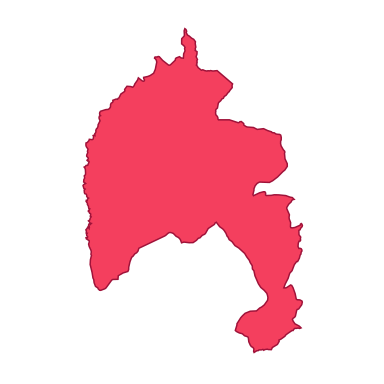 Kanduyi, Western, Kenya (Albers equal-area conic projection), rotated 177°
{"feature_id": "3690345B52406827974288", "entity_name": "Kanduyi", "entity_type": "district", "adm_level": 2, "iso_a3": "KEN", "parent_name": "Kenya", "parent_adm1": "Western", "projection": "albers", "projection_center": [34.58, 0.562], "detail": "fine", "context": "isolated", "style": "filled", "palette": "rose", "viewbox_px": 384, "rotation_deg": 177, "n_neighbors": 0, "source": "geoboundaries", "source_scale": "gbopen_adm2", "svg_char_len": 5991}
<svg xmlns="http://www.w3.org/2000/svg" viewBox="0 0 384 384"><g transform="rotate(177 192 192)"><path d="M145.8,297.8L160.6,311.9L164.8,311.7L167.1,312.3L168.4,312.0L169.7,312.3L170.7,312.0L172.8,312.5L174.8,313.5L176.2,313.1L179.5,316.0L180.0,317.3L181.0,318.5L180.3,319.6L180.6,320.6L180.0,321.4L180.4,322.7L179.6,323.9L180.8,326.9L179.8,329.5L179.6,331.9L181.4,333.2L181.1,334.3L181.2,335.3L180.6,336.4L181.0,340.1L180.7,341.9L182.3,344.4L184.4,345.7L186.5,347.8L188.3,349.0L189.5,351.7L188.9,352.8L189.5,354.6L190.6,355.5L191.4,353.4L191.4,349.1L191.7,348.1L194.2,345.7L194.4,344.3L194.6,340.5L192.3,338.3L191.4,336.8L191.9,335.7L191.6,333.3L193.1,330.4L193.6,326.1L195.8,326.4L197.4,327.8L200.8,326.7L201.6,325.8L201.8,324.5L206.7,320.3L207.6,319.8L208.7,319.9L214.4,324.9L217.6,328.8L218.7,329.1L219.8,328.6L221.0,328.8L222.2,328.5L222.4,327.5L221.5,326.8L220.8,325.6L220.4,323.6L222.2,316.5L224.1,312.6L227.7,310.5L230.1,309.7L234.3,309.0L234.3,307.7L233.6,306.7L233.7,305.7L234.5,305.1L235.7,305.4L239.6,308.8L240.5,306.7L243.6,302.7L244.1,301.3L245.7,299.7L247.6,300.5L251.4,301.0L253.9,298.0L253.7,296.5L254.7,295.5L257.9,293.6L260.0,289.8L260.9,289.4L261.5,288.5L262.9,288.8L266.3,287.7L266.1,286.6L266.7,285.6L268.0,285.0L268.7,283.8L269.0,281.1L270.0,279.8L271.2,278.9L273.8,278.8L279.2,277.4L280.0,276.2L280.2,275.0L280.0,273.7L279.4,273.0L280.5,272.6L280.9,271.5L280.9,270.2L280.1,267.9L282.3,264.0L282.4,262.5L283.3,260.7L284.1,260.1L284.8,258.7L284.8,257.3L285.2,256.1L286.0,255.4L286.0,253.4L286.9,253.9L287.8,253.6L287.4,252.4L287.9,250.1L289.0,249.5L291.8,250.0L292.2,248.8L294.0,246.9L295.3,246.5L295.5,244.3L295.2,242.8L293.6,240.2L294.3,238.1L294.0,236.9L295.2,234.4L295.3,233.2L293.9,231.5L293.8,230.6L295.2,229.2L294.6,228.4L293.7,228.4L293.2,227.5L294.8,224.1L296.3,224.1L297.3,223.0L298.4,222.5L297.6,221.3L297.3,219.8L297.3,216.4L297.5,214.9L298.8,213.7L298.5,212.6L298.6,211.2L299.3,210.2L299.7,207.7L297.8,206.1L299.9,205.0L300.5,204.1L299.8,201.2L298.6,200.5L299.6,199.5L299.5,197.0L299.2,196.0L297.8,195.4L297.3,194.2L297.4,193.2L296.7,192.0L295.6,191.3L296.6,190.5L297.1,188.9L298.0,189.2L298.3,188.3L297.0,186.1L297.1,184.9L296.3,183.6L295.9,180.8L295.0,180.6L295.5,179.3L296.4,178.9L296.5,177.9L295.6,177.3L295.4,176.2L294.4,175.6L294.4,174.3L294.9,173.2L294.0,172.5L295.0,171.2L295.5,169.5L296.9,168.6L296.1,167.7L295.3,166.2L296.6,165.4L297.1,164.2L296.5,162.5L298.0,162.5L298.4,161.5L300.0,159.7L299.5,158.7L299.8,156.5L298.8,156.3L299.5,155.3L299.4,153.9L298.6,153.1L298.8,151.8L300.2,151.9L300.0,150.8L297.3,148.8L297.2,147.5L298.0,145.4L297.5,142.9L295.9,138.9L295.7,137.4L296.2,135.1L295.7,134.0L297.0,129.6L297.5,124.9L296.0,116.9L295.4,111.3L294.7,109.6L294.5,106.5L293.3,102.8L291.1,101.2L290.7,100.1L289.4,98.7L288.2,98.6L284.1,99.9L282.9,100.7L276.8,108.2L275.7,108.8L270.5,108.7L270.0,112.3L265.0,114.8L260.2,116.0L259.3,117.8L259.1,120.3L257.6,125.6L256.1,129.0L255.5,130.1L254.3,130.9L252.4,133.2L250.5,134.2L249.1,135.7L248.0,138.6L221.8,149.4L220.6,150.0L218.3,151.9L217.1,152.6L215.9,152.7L214.6,152.4L212.8,151.6L210.2,148.6L208.1,147.4L207.0,146.3L206.1,145.0L205.1,141.8L202.7,142.4L197.5,141.5L193.5,141.4L190.1,143.5L188.1,145.5L186.5,145.8L184.0,148.2L181.7,149.1L180.8,149.8L177.7,154.7L171.3,158.5L170.6,159.8L169.3,160.5L166.2,155.9L163.3,153.6L161.9,151.9L160.2,148.9L159.2,145.9L158.4,145.1L157.4,142.5L154.7,140.4L151.9,136.2L148.3,133.7L142.6,127.9L140.7,124.3L138.3,120.7L137.6,118.5L135.7,115.2L135.7,112.0L134.3,110.1L133.5,105.0L130.5,96.9L128.3,93.1L125.0,90.0L122.6,86.9L122.0,84.7L121.7,82.5L122.2,79.9L125.7,75.5L128.5,73.5L130.5,72.6L133.8,69.9L140.1,69.9L145.3,68.1L148.0,65.8L149.9,63.9L154.0,58.1L154.1,56.8L156.0,51.5L155.0,50.4L152.2,48.8L149.1,47.8L147.1,45.7L144.0,44.5L143.4,43.6L143.1,39.4L141.8,36.0L140.8,34.5L139.2,33.5L138.4,32.0L138.8,29.6L138.4,28.5L135.6,30.1L134.2,30.1L133.3,30.8L130.7,30.7L129.4,31.1L128.6,30.2L127.7,30.8L125.0,31.1L124.2,30.7L121.0,30.4L119.9,32.5L114.7,35.3L112.8,38.2L112.9,39.6L110.9,40.4L106.7,43.1L106.1,44.1L104.0,45.6L99.4,48.4L98.3,48.4L97.5,49.6L96.3,50.5L95.3,50.3L93.2,50.6L91.6,50.1L90.2,50.6L91.8,52.4L96.1,55.0L97.7,57.6L98.4,59.7L97.5,60.7L96.1,61.5L95.2,62.7L93.7,68.2L93.1,69.2L91.6,69.6L88.3,73.7L87.6,76.3L87.9,77.4L89.9,78.6L92.6,78.9L93.5,79.6L94.3,85.0L96.1,91.1L97.3,93.5L98.4,94.0L102.3,91.7L103.7,91.3L105.3,91.5L103.7,95.3L100.5,100.8L98.7,105.7L96.2,108.2L93.6,114.1L91.2,117.0L90.2,117.0L89.5,118.1L88.2,120.4L87.3,123.4L86.5,124.2L86.1,126.3L85.3,127.3L85.3,128.4L85.9,129.6L87.0,130.1L88.2,130.0L89.0,132.1L88.5,135.5L87.6,137.3L86.5,137.4L86.0,138.4L86.3,139.2L85.8,141.3L87.4,143.7L87.3,148.1L86.1,148.6L85.4,150.1L83.9,151.6L83.5,152.7L83.9,154.1L84.6,154.8L85.4,154.2L85.7,153.2L91.1,151.2L93.9,150.9L95.3,151.3L95.5,152.4L95.1,156.3L96.3,159.9L96.4,161.7L95.9,164.1L98.2,170.3L98.2,171.5L96.1,174.7L93.4,177.0L92.8,178.4L91.6,179.1L90.4,179.3L92.1,181.2L94.5,181.8L98.5,183.5L105.6,184.6L110.1,184.9L113.0,184.5L118.1,184.6L118.7,185.2L118.5,187.1L119.2,188.4L120.6,188.5L124.5,187.7L130.8,185.1L131.3,186.2L130.0,190.6L130.0,191.9L128.6,194.9L126.5,197.2L124.0,198.4L114.2,197.5L110.9,199.0L105.8,202.5L100.3,207.5L98.1,209.1L95.5,212.6L95.4,215.3L97.4,220.3L97.6,225.8L97.2,226.9L97.3,227.8L98.7,229.6L100.6,233.4L101.0,235.6L100.8,238.2L100.2,239.3L100.0,241.8L100.4,244.1L101.4,244.9L104.3,245.3L105.6,245.8L106.5,246.7L108.9,247.1L109.4,247.9L113.3,249.4L117.2,251.5L123.6,251.1L127.2,253.2L133.4,254.0L134.9,254.7L136.7,256.1L136.8,257.7L139.1,259.8L140.5,259.7L141.1,259.0L142.3,258.8L150.8,262.1L161.8,262.7L162.3,263.6L162.2,264.5L162.7,266.1L164.2,268.0L164.3,270.1L164.0,271.2L164.1,272.3L163.7,273.3L162.2,274.5L161.1,279.2L160.5,280.1L158.6,281.6L157.1,283.5L155.8,283.9L154.8,285.7L152.9,286.8L150.5,289.7L149.5,290.3L149.1,291.2L146.4,294.1L146.4,296.5L145.8,297.8ZM295.3,166.2L294.2,165.9L295.1,165.1L295.3,166.2ZM296.5,162.5L296.7,161.0L297.3,161.9L296.5,162.5Z" fill="#f43f5e" stroke="#9f1239" stroke-width="1.5"/></g></svg>